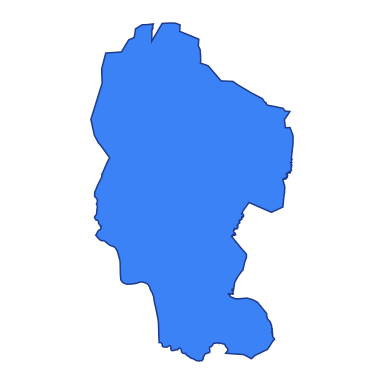 Apayao, Apayao, Philippines
{"feature_id": "2640588B24165862747597", "entity_name": "Apayao", "entity_type": "district", "adm_level": 2, "iso_a3": "PHL", "parent_name": "Philippines", "parent_adm1": "Apayao", "projection": "albers", "projection_center": [121.354, 18.09], "detail": "fine", "context": "isolated", "style": "filled", "palette": "blue", "viewbox_px": 384, "rotation_deg": 0, "n_neighbors": 0, "source": "geoboundaries", "source_scale": "gbopen_adm2", "svg_char_len": 5949}
<svg xmlns="http://www.w3.org/2000/svg" viewBox="0 0 384 384"><path d="M159.1,342.6L160.4,342.5L160.9,342.7L161.5,343.2L162.1,344.3L162.3,345.9L162.7,346.6L164.3,347.0L165.5,347.0L165.8,347.2L166.8,347.2L168.0,346.6L168.7,345.9L169.2,345.6L170.4,345.9L170.8,346.5L170.8,349.2L171.6,350.6L173.5,350.6L174.8,350.1L175.2,350.1L176.0,349.6L177.3,350.0L177.6,349.8L178.5,348.6L179.3,348.2L180.2,348.3L180.8,348.8L181.2,349.4L181.4,350.1L181.4,351.3L181.7,352.1L182.6,353.0L184.2,353.6L185.0,353.5L185.9,353.5L186.1,353.9L186.4,355.0L187.3,355.5L187.6,355.8L189.2,356.8L190.2,357.7L190.7,358.0L193.7,359.0L195.8,360.3L197.0,360.8L199.5,361.0L199.9,360.7L201.8,360.7L202.5,359.9L203.3,358.8L203.1,358.4L203.2,357.5L204.3,355.5L204.6,354.6L205.0,354.0L206.6,353.5L207.5,353.0L209.1,352.7L209.7,352.2L209.8,351.5L209.5,347.7L209.7,347.3L210.0,346.9L211.5,346.5L213.3,343.8L214.2,343.2L216.0,343.2L216.6,342.9L217.8,342.9L219.5,343.5L219.9,343.2L220.6,343.1L221.7,343.3L222.8,344.0L224.0,343.9L224.7,344.3L225.3,345.2L225.3,345.9L225.8,346.7L226.3,347.1L227.3,348.3L227.9,349.5L227.9,350.2L227.4,351.1L226.7,351.8L225.7,353.3L243.8,354.6L251.4,358.7L255.2,355.3L267.5,349.4L273.2,340.5L274.5,339.5L274.0,338.1L273.4,337.7L272.9,337.1L272.7,336.6L272.8,336.0L272.4,335.4L272.6,335.0L272.4,334.4L272.7,333.2L272.5,332.8L272.1,332.9L271.8,332.7L272.1,332.5L272.1,331.9L272.5,331.4L272.4,331.1L272.0,330.4L271.9,329.8L272.2,329.6L272.4,329.1L272.2,328.7L271.7,328.2L271.8,327.0L271.6,326.0L270.3,322.0L267.4,318.7L266.6,315.0L266.6,313.5L257.4,302.2L252.2,299.5L246.9,298.1L238.5,298.8L235.1,298.7L233.8,298.2L233.7,297.9L230.9,297.0L230.2,296.4L229.9,295.0L229.3,294.7L228.5,294.6L228.4,294.4L228.4,294.0L228.8,293.6L232.7,294.2L233.1,294.2L233.2,293.6L233.2,293.0L232.6,292.6L232.3,292.1L232.4,291.3L232.8,291.1L232.8,290.5L231.9,289.7L232.2,289.2L232.7,289.1L233.5,290.1L234.7,282.3L238.3,275.8L241.8,271.1L242.8,270.3L244.9,261.4L246.4,257.7L246.5,254.3L240.9,247.9L231.5,236.3L232.0,236.0L232.5,236.4L232.6,236.2L232.7,235.7L232.4,235.0L232.8,234.6L233.0,234.7L233.0,235.1L233.4,235.3L233.9,235.2L234.7,235.3L234.7,234.8L234.1,234.7L234.0,234.4L234.4,234.0L234.7,234.1L235.2,234.8L235.6,234.7L235.5,234.0L234.8,233.6L234.8,232.8L234.1,232.6L233.4,231.2L233.6,230.8L234.0,230.3L233.8,229.6L234.2,229.2L234.7,229.4L234.7,229.1L234.4,228.7L234.8,228.4L236.0,228.8L236.4,228.7L236.9,228.2L237.1,228.8L237.3,228.8L237.4,228.7L237.4,228.2L237.2,227.8L237.9,227.2L238.0,226.3L237.8,225.9L237.5,225.9L237.1,225.5L237.3,225.2L238.0,224.9L238.1,224.0L239.5,223.1L239.8,222.5L239.3,221.9L239.5,220.9L239.5,220.7L239.2,220.7L239.2,220.3L239.5,220.2L239.6,220.5L240.2,220.5L240.6,220.1L240.6,219.5L240.9,219.3L241.4,219.4L241.8,219.2L242.0,218.7L241.7,218.2L242.1,217.7L241.7,217.0L242.0,216.7L242.4,216.7L243.0,217.0L243.2,216.7L243.3,216.2L243.6,216.1L243.6,215.5L243.3,214.4L243.0,214.2L242.3,214.3L241.6,213.6L242.3,212.9L242.8,211.1L249.0,202.5L271.4,212.3L282.9,207.0L284.1,194.3L284.5,193.5L284.8,186.5L283.9,183.7L282.9,179.7L282.9,179.3L283.1,179.3L283.0,179.1L283.3,178.8L283.9,179.0L284.3,179.0L284.2,178.8L284.4,178.8L284.4,178.6L284.5,178.8L284.6,178.7L284.7,179.0L284.7,178.7L285.2,178.7L285.2,179.0L285.5,178.9L285.4,178.6L285.8,178.8L285.8,178.5L286.1,178.1L286.3,178.1L286.3,177.9L286.1,177.7L287.0,177.5L286.9,177.3L286.7,177.4L286.7,177.2L286.9,177.2L286.9,176.9L287.5,177.1L287.3,177.0L287.4,176.7L287.8,176.7L287.6,176.6L287.5,176.3L287.5,176.0L287.7,175.7L287.6,175.4L287.3,175.5L287.1,175.5L287.2,175.1L287.1,174.8L286.8,174.7L286.8,174.3L286.6,174.4L286.6,174.0L286.8,173.9L286.5,173.8L286.9,173.6L286.6,173.6L286.7,173.4L286.6,173.2L286.8,173.4L287.1,173.2L287.2,173.3L287.3,172.9L287.5,173.0L287.6,172.8L287.6,173.2L287.9,173.1L287.7,173.4L288.6,172.8L288.9,172.8L288.9,172.7L289.0,172.8L289.1,172.6L289.3,172.7L289.1,172.5L289.3,172.0L289.5,172.1L289.6,171.8L289.8,172.0L289.8,171.7L289.9,172.0L290.1,171.7L290.2,171.8L290.2,171.7L290.5,171.8L290.7,171.3L290.5,171.1L290.8,171.0L291.2,170.4L291.4,170.3L291.5,169.9L291.3,169.8L291.0,169.3L291.2,167.4L291.4,167.3L291.4,167.0L291.6,166.7L291.5,166.2L291.3,165.6L291.5,165.4L291.3,165.3L291.4,164.9L291.6,164.8L291.5,164.6L291.1,164.6L291.1,164.4L291.1,163.8L290.7,162.8L291.5,162.6L291.0,162.3L292.1,159.2L291.3,158.9L292.9,144.6L293.1,136.6L292.7,134.6L290.0,127.5L285.5,127.8L284.9,123.9L284.4,119.5L287.0,115.9L289.9,111.5L285.1,111.1L283.2,108.4L276.6,106.9L267.1,105.1L266.5,104.2L266.1,102.9L265.9,102.8L265.6,102.8L264.5,101.6L264.2,101.5L262.4,98.7L250.8,92.6L237.9,84.9L232.8,81.4L221.1,80.9L208.2,65.9L205.6,64.8L200.3,63.1L200.7,61.1L200.5,54.6L200.1,49.6L198.3,45.8L198.8,39.2L179.6,31.3L180.1,24.9L175.5,23.2L171.2,23.0L162.2,23.4L151.8,41.1L151.9,29.3L152.5,29.3L153.0,28.1L152.5,26.4L152.5,26.1L152.7,25.6L152.4,25.2L152.6,25.0L152.8,25.1L153.2,24.9L153.4,23.9L147.4,24.6L142.1,24.8L135.5,28.9L135.1,32.5L134.1,37.5L128.7,39.9L121.4,52.0L105.8,53.0L101.7,68.8L102.1,83.3L90.9,119.4L94.4,135.3L98.6,143.1L100.2,144.7L109.6,157.7L106.7,163.4L102.5,173.3L101.8,174.3L102.0,176.0L100.6,179.6L99.8,180.9L97.4,185.7L96.0,189.4L95.0,191.5L94.7,192.5L94.6,195.8L94.5,196.0L95.2,197.1L95.6,197.3L97.3,199.6L97.3,201.3L96.9,203.2L96.4,203.9L97.2,205.6L97.4,207.3L97.0,208.9L96.5,214.4L94.6,216.7L94.5,217.5L96.1,220.1L96.9,220.1L97.7,220.3L98.2,220.7L98.6,223.3L98.9,223.9L100.3,225.3L100.3,226.0L100.6,226.6L101.3,226.4L100.8,228.1L100.8,228.6L100.6,229.2L100.2,229.6L99.7,229.8L99.3,229.8L98.0,231.1L97.4,232.2L96.6,234.0L95.7,235.1L98.6,238.6L100.8,240.5L104.6,240.9L106.3,242.6L110.1,245.4L114.6,247.0L115.5,248.1L117.1,250.8L118.0,253.3L120.1,261.3L120.4,275.0L120.8,279.9L122.1,281.8L123.7,283.1L126.7,284.2L130.1,284.1L132.9,283.9L136.4,283.3L139.5,282.3L141.4,281.9L143.5,282.3L145.6,283.0L147.4,283.8L148.6,285.2L149.3,286.3L150.4,289.7L152.1,292.5L153.7,297.0L154.5,302.7L155.6,307.1L157.9,318.5L158.4,322.3L159.1,342.6Z" fill="#3b82f6" stroke="#1e3a8a" stroke-width="1.5"/></svg>